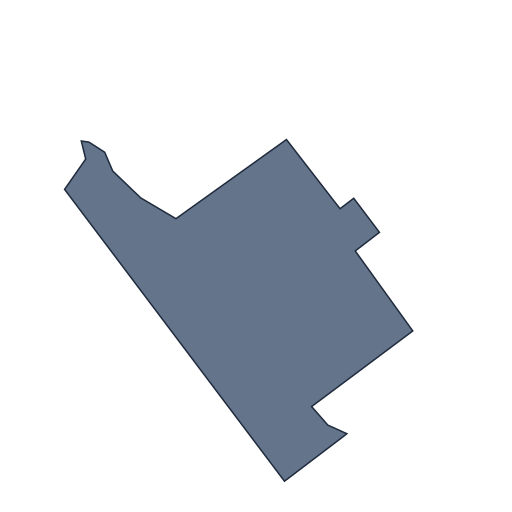 the district of Lanier, Georgia, United States of America, rotated 143°
{"feature_id": "52423323B24465829142626", "entity_name": "Lanier", "entity_type": "district", "adm_level": 2, "iso_a3": "USA", "parent_name": "United States of America", "parent_adm1": "Georgia", "projection": "mercator", "projection_center": [-83.072, 31.014], "detail": "fine", "context": "isolated", "style": "filled", "palette": "slate", "viewbox_px": 512, "rotation_deg": 143, "n_neighbors": 0, "source": "geoboundaries", "source_scale": "gbopen_adm2", "svg_char_len": 418}
<svg xmlns="http://www.w3.org/2000/svg" viewBox="0 0 512 512"><g transform="rotate(143 256 256)"><path d="M368.8,59.0L293.6,59.3L290.4,59.4L300.4,77.7L302.2,102.3L175.9,101.8L173.7,200.3L143.2,200.6L143.2,243.3L160.4,243.2L160.6,253.4L161.6,330.7L297.5,334.0L313.1,371.8L319.3,410.1L314.4,429.9L320.9,447.5L326.3,453.0L333.7,435.9L368.8,424.4L368.8,59.0Z" fill="#64748b" stroke="#1e293b" stroke-width="1.5"/></g></svg>